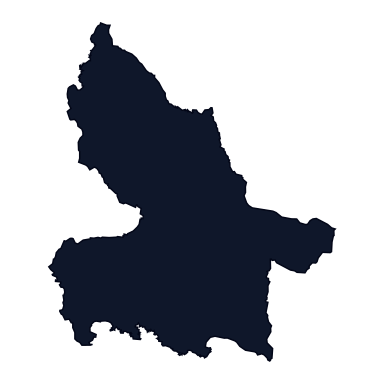 Tulungagung, Jawa Timur, Indonesia
{"feature_id": "22746128B2754392863745", "entity_name": "Tulungagung", "entity_type": "district", "adm_level": 2, "iso_a3": "IDN", "parent_name": "Indonesia", "parent_adm1": "Jawa Timur", "projection": "orthographic", "projection_center": [111.871, -8.073], "detail": "fine", "context": "isolated", "style": "filled", "palette": "ink", "viewbox_px": 384, "rotation_deg": 0, "n_neighbors": 0, "source": "geoboundaries", "source_scale": "gbopen_adm2", "svg_char_len": 5896}
<svg xmlns="http://www.w3.org/2000/svg" viewBox="0 0 384 384"><path d="M220.2,138.8L219.3,134.6L219.8,133.6L219.1,134.1L219.3,132.9L217.8,132.0L217.4,128.3L216.1,127.0L216.5,125.4L215.5,122.8L213.6,121.0L213.2,117.0L211.0,115.5L212.9,113.0L212.0,107.8L210.9,107.7L209.0,109.6L204.9,110.0L202.2,114.0L200.7,114.1L198.0,112.6L196.4,110.1L192.8,109.9L192.4,111.1L193.1,112.4L192.3,113.2L189.5,111.4L187.8,111.6L188.2,110.6L187.4,109.6L186.1,110.7L185.1,110.6L185.2,109.6L182.2,110.3L177.7,106.8L177.2,107.5L176.2,106.9L176.7,107.8L174.7,107.2L171.1,104.2L168.9,103.8L167.8,100.9L166.4,100.0L165.2,96.2L165.2,93.2L162.6,89.8L158.8,82.6L154.5,77.6L154.6,75.4L153.2,75.4L151.4,73.4L149.2,73.0L146.3,70.7L141.7,64.1L139.2,62.4L136.3,58.1L131.8,54.1L125.6,51.5L124.6,50.3L122.3,50.3L120.4,48.4L118.7,47.9L117.8,46.4L112.4,45.8L111.9,39.2L108.6,33.3L108.5,29.7L110.0,25.3L106.8,25.3L100.6,23.0L100.2,24.8L98.0,25.9L96.2,28.5L94.2,33.6L91.7,35.6L90.6,39.0L91.8,41.9L94.4,43.2L94.6,44.8L95.5,44.7L95.6,45.5L91.9,50.4L90.8,50.6L91.4,51.7L90.3,53.7L90.8,55.3L89.3,55.2L90.0,56.3L89.0,57.2L90.3,58.0L90.4,60.7L89.2,60.6L85.5,63.4L83.4,63.3L83.5,64.2L82.3,64.4L82.7,65.4L81.7,66.4L80.3,65.1L79.7,65.7L79.9,67.4L80.8,67.0L81.1,67.6L79.9,69.1L83.1,70.7L81.2,71.5L81.6,74.3L80.5,74.3L79.3,75.9L79.8,76.5L78.6,77.1L79.9,78.8L79.1,80.2L80.3,81.9L82.0,82.7L82.2,85.9L83.5,86.2L83.1,87.4L79.9,90.1L77.5,90.2L75.4,86.1L73.4,84.9L69.6,86.9L68.2,88.4L67.3,94.0L67.6,97.5L69.0,100.5L68.2,103.0L71.0,108.5L67.3,111.5L69.9,119.2L70.7,119.9L74.5,119.4L76.1,120.8L77.5,123.0L78.0,126.2L81.9,129.1L82.9,132.0L83.0,135.4L80.2,138.2L78.3,142.3L78.6,150.1L79.7,151.5L79.7,158.4L78.7,162.2L85.7,164.9L87.7,166.4L89.8,169.8L94.3,167.1L96.7,168.2L98.8,170.9L99.2,172.9L101.2,173.9L102.2,176.8L103.4,177.5L104.6,182.4L106.6,184.0L108.1,183.9L107.7,185.4L108.7,186.2L108.9,188.0L110.4,188.3L115.7,193.3L117.3,193.9L117.2,196.0L119.8,202.3L123.5,203.7L125.2,202.9L126.7,203.3L135.5,207.3L136.5,204.9L137.3,205.1L137.9,206.5L141.2,208.5L140.3,213.8L143.3,215.6L143.0,218.6L141.3,218.1L141.2,219.3L140.1,219.3L139.2,224.4L137.3,227.1L133.2,231.1L127.7,233.7L127.1,234.9L124.1,234.1L124.0,235.8L123.1,235.7L122.9,237.1L123.8,237.4L117.5,236.6L116.5,237.2L109.1,237.6L102.3,237.2L100.7,238.1L98.0,237.4L93.9,238.2L90.4,237.9L90.4,238.9L83.2,240.1L77.9,244.0L75.2,243.1L73.1,238.7L72.0,238.3L70.2,238.4L66.0,241.2L64.2,240.8L60.9,248.5L59.1,249.3L56.3,252.7L55.6,256.5L54.4,259.0L53.5,259.1L52.7,263.7L48.8,266.8L50.8,269.6L54.2,272.5L54.0,273.6L52.3,274.4L52.6,275.3L56.7,277.0L57.2,279.8L56.6,280.5L55.6,280.1L55.5,281.4L60.7,281.9L60.7,283.6L59.5,284.8L60.9,287.1L63.3,287.5L64.3,289.0L64.8,292.2L64.0,295.0L63.1,295.3L63.9,300.3L63.0,302.7L63.9,305.5L62.9,309.0L61.8,310.1L59.9,310.4L59.8,311.3L61.3,314.1L62.7,314.9L65.1,319.8L69.2,319.1L71.2,322.7L72.8,323.1L72.8,327.7L74.9,332.5L74.9,338.9L77.0,341.0L79.9,342.4L81.9,345.2L90.5,345.1L92.5,344.4L89.9,344.4L88.9,342.4L92.5,340.1L93.8,337.1L95.7,337.1L96.1,334.5L90.0,331.8L89.9,327.6L91.6,325.4L91.4,324.1L94.3,321.5L96.4,321.1L100.5,321.8L100.8,321.1L105.2,320.8L108.3,321.4L110.8,322.6L113.0,325.9L112.5,327.5L111.6,327.9L111.9,328.4L110.1,330.1L110.4,330.8L112.3,330.3L112.3,329.4L114.7,330.2L114.6,328.6L116.6,327.0L118.2,329.4L119.3,329.0L119.4,329.7L121.3,330.0L121.4,330.8L120.2,331.4L120.7,333.0L123.2,333.1L123.5,331.5L125.8,331.3L127.6,332.6L130.7,332.6L130.1,333.4L131.3,333.7L129.9,334.9L130.9,335.3L130.8,336.5L132.8,336.5L133.2,338.9L140.3,339.5L140.8,338.8L139.5,338.1L139.7,335.5L138.2,334.2L139.9,333.9L139.0,333.0L140.0,332.4L138.7,331.9L139.0,329.6L137.3,329.1L137.4,327.2L135.2,326.8L135.5,325.2L137.3,324.6L138.4,323.0L139.6,325.2L139.4,326.8L141.4,325.9L142.4,326.3L142.5,327.1L144.7,326.8L145.3,328.8L147.1,330.3L147.4,331.9L148.3,330.8L148.8,331.5L149.2,330.2L150.4,331.0L150.9,329.8L151.4,330.8L153.4,331.3L154.1,330.6L154.7,332.0L154.0,334.4L155.1,334.9L156.3,334.0L158.1,335.8L158.5,337.5L157.1,338.3L158.3,338.6L157.8,339.2L158.8,339.7L158.8,341.2L162.1,341.7L161.8,344.5L163.0,345.9L165.6,345.6L170.1,347.2L171.4,348.7L172.7,348.7L172.6,349.8L174.1,350.9L177.1,351.2L177.3,352.0L179.6,352.6L178.4,354.3L179.7,355.3L181.4,354.3L181.9,354.8L182.2,353.3L184.4,354.4L184.5,353.8L185.6,354.0L187.6,352.1L187.5,350.6L189.1,350.2L191.6,350.7L192.6,352.2L195.7,353.1L197.9,355.3L198.9,354.9L199.5,356.1L200.3,355.2L200.7,356.7L201.8,356.0L204.0,356.4L204.5,357.8L206.7,356.6L209.0,352.9L210.9,351.6L210.0,350.2L211.0,349.5L210.4,347.8L208.6,348.1L205.3,347.0L206.1,342.2L210.3,337.3L215.0,336.2L224.2,338.1L227.4,338.0L234.8,340.8L236.7,342.1L239.8,346.3L245.5,350.2L254.7,351.8L256.5,352.8L257.6,354.9L261.8,353.8L264.2,354.9L267.3,358.1L267.8,359.9L269.7,361.0L270.4,360.4L270.1,359.6L271.9,358.3L272.6,348.5L267.1,342.9L266.7,339.0L270.8,331.8L270.6,328.1L271.5,325.8L268.5,321.9L267.4,317.3L267.7,315.4L265.9,312.8L267.9,302.3L265.9,301.9L265.4,300.4L266.8,299.4L267.0,297.5L266.4,296.8L268.0,291.8L267.9,285.7L269.8,281.8L268.5,280.9L268.4,278.5L266.6,277.9L266.2,276.8L267.9,272.9L267.0,271.5L269.1,270.7L270.5,268.5L270.3,259.2L271.2,259.1L272.2,260.4L274.9,259.9L276.6,262.7L290.4,270.0L294.6,270.8L297.0,272.3L305.0,272.8L307.0,269.6L309.1,268.2L309.2,266.0L312.3,262.8L315.7,263.0L317.0,261.7L318.2,257.9L322.5,252.3L330.2,252.6L331.5,251.7L332.0,241.9L333.4,235.7L334.0,235.5L333.8,230.4L335.2,229.0L331.6,227.9L327.6,224.4L316.3,218.5L312.8,219.0L310.1,220.7L307.5,224.4L305.2,224.5L299.8,222.9L296.7,219.0L291.4,218.9L281.7,217.1L276.1,212.6L272.9,211.2L252.3,207.9L248.6,205.5L246.6,202.9L244.0,195.7L245.5,192.4L245.4,186.8L246.4,182.4L242.6,179.1L242.8,177.8L242.0,177.6L241.7,175.6L236.0,174.2L234.4,171.6L232.6,171.8L229.9,166.7L229.8,162.6L228.8,161.7L229.5,160.1L228.4,159.4L228.0,156.6L225.8,154.6L225.0,151.6L223.7,150.4L224.1,149.1L220.0,146.9L220.9,144.8L219.2,139.2L220.2,138.8Z" fill="#0f172a" stroke="#020617" stroke-width="1.5"/></svg>